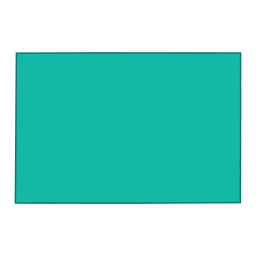 outline of Brookings, South Dakota, United States of America
{"feature_id": "52423323B48184039909983", "entity_name": "Brookings", "entity_type": "district", "adm_level": 2, "iso_a3": "USA", "parent_name": "United States of America", "parent_adm1": "South Dakota", "projection": "equal_earth", "projection_center": [-96.535, 44.37], "detail": "fine", "context": "isolated", "style": "filled", "palette": "teal", "viewbox_px": 256, "rotation_deg": 0, "n_neighbors": 0, "source": "geoboundaries", "source_scale": "gbopen_adm2", "svg_char_len": 524}
<svg xmlns="http://www.w3.org/2000/svg" viewBox="0 0 256 256"><path d="M96.8,52.9L16.4,53.2L15.4,203.0L95.3,203.1L136.0,203.1L240.4,202.6L240.4,177.6L240.5,177.3L240.5,171.4L240.5,170.1L240.4,165.5L240.4,164.2L240.5,159.3L240.5,158.6L240.5,152.8L240.5,152.2L240.5,146.8L240.5,145.9L240.5,140.5L240.6,139.8L240.5,138.4L240.5,134.3L240.5,132.0L240.5,121.9L240.6,119.3L240.6,96.9L240.6,88.8L240.5,84.3L240.5,83.4L240.6,68.8L240.6,64.5L240.5,60.2L240.6,53.0L96.8,52.9Z" fill="#14b8a6" stroke="#0f766e" stroke-width="1.5"/></svg>